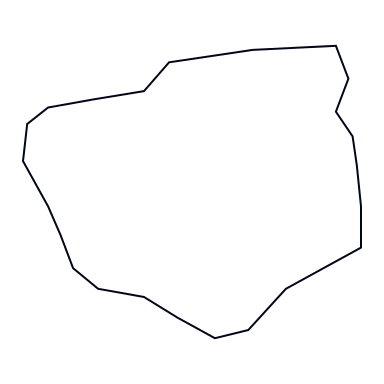 Ulleung-gun, North Gyeongsang, South Korea (Natural Earth projection)
{"feature_id": "91817680B98862203953263", "entity_name": "Ulleung-gun", "entity_type": "district", "adm_level": 2, "iso_a3": "KOR", "parent_name": "South Korea", "parent_adm1": "North Gyeongsang", "projection": "natural_earth1", "projection_center": [130.855, 37.493], "detail": "fine", "context": "isolated", "style": "outline", "palette": "ink", "viewbox_px": 384, "rotation_deg": 0, "n_neighbors": 0, "source": "geoboundaries", "source_scale": "gbopen_adm2", "svg_char_len": 412}
<svg xmlns="http://www.w3.org/2000/svg" viewBox="0 0 384 384"><path d="M169.1,62.3L144.0,91.1L94.0,99.3L48.1,107.5L27.2,124.0L23.0,161.1L48.1,206.4L60.6,235.2L73.1,268.2L98.1,288.8L144.0,297.0L177.4,317.6L214.9,338.2L248.3,330.0L285.9,288.8L323.4,268.2L361.0,247.6L361.0,206.4L356.8,165.2L352.6,136.4L335.9,111.7L348.4,78.7L335.9,45.8L252.5,49.9L169.1,62.3Z" fill="none" stroke="#020617" stroke-width="2"/></svg>